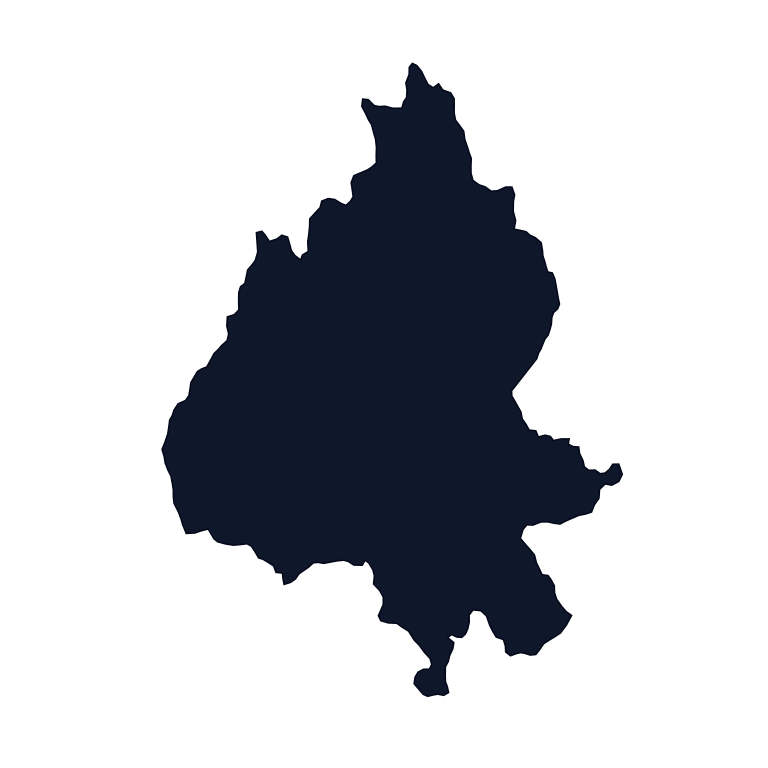 outline of Pau Brasil, Bahia, Brazil, rotated 354°
{"feature_id": "56859067B52793357327632", "entity_name": "Pau Brasil", "entity_type": "district", "adm_level": 2, "iso_a3": "BRA", "parent_name": "Brazil", "parent_adm1": "Bahia", "projection": "robinson", "projection_center": [-39.68, -15.46], "detail": "fine", "context": "isolated", "style": "filled", "palette": "ink", "viewbox_px": 768, "rotation_deg": 354, "n_neighbors": 0, "source": "geoboundaries", "source_scale": "gbopen_adm2", "svg_char_len": 4056}
<svg xmlns="http://www.w3.org/2000/svg" viewBox="0 0 768 768"><g transform="rotate(354 384 384)"><path d="M469.7,91.1L463.9,94.5L459.1,90.7L456.6,84.3L454.0,77.0L449.8,70.6L445.7,68.1L442.2,71.7L441.3,78.9L437.2,86.8L437.6,94.0L436.4,101.4L433.0,105.4L430.6,111.5L421.6,110.7L414.1,107.8L408.2,107.6L403.3,106.0L398.0,99.5L392.6,98.4L390.9,105.5L393.8,112.6L396.2,119.6L398.7,124.6L399.9,132.5L401.2,140.0L401.2,148.0L400.1,156.0L399.5,163.3L394.5,167.0L389.7,169.4L382.6,171.6L375.8,173.6L372.4,180.3L372.7,187.5L372.9,194.5L369.5,199.0L364.8,202.3L360.5,200.1L354.2,195.3L347.9,193.7L341.2,195.6L338.9,201.8L333.2,206.8L327.4,212.0L326.4,219.8L324.7,227.9L323.0,234.6L322.5,244.3L316.4,247.1L314.0,251.9L308.7,246.8L305.8,241.6L305.0,236.2L303.5,227.8L298.0,225.3L292.8,228.5L285.0,230.3L281.6,223.7L278.5,219.3L272.9,220.1L272.2,239.6L269.0,247.4L265.6,251.3L260.3,256.3L258.1,263.3L256.1,269.4L251.5,272.2L249.1,278.0L248.0,287.0L247.4,295.0L242.3,299.4L235.2,300.8L233.7,310.0L234.7,317.9L232.5,324.5L226.6,328.7L222.8,332.3L218.2,335.9L213.8,342.4L209.5,348.5L204.2,349.9L199.7,352.1L196.8,356.0L192.1,362.4L190.2,370.0L188.7,375.2L184.8,379.7L177.2,382.1L172.4,388.0L170.2,393.1L167.1,397.4L165.7,403.3L163.7,411.1L160.1,418.9L156.4,425.9L157.8,433.3L158.1,439.5L160.1,447.0L162.5,453.4L163.1,460.9L163.4,467.4L162.7,474.1L162.7,480.7L166.1,489.6L168.1,497.2L169.1,503.0L171.7,512.0L180.3,512.4L187.5,510.8L194.0,509.9L198.7,520.2L202.1,523.6L209.9,526.6L217.6,528.6L224.6,528.7L231.1,528.6L235.3,531.6L238.4,537.8L241.1,543.9L245.2,545.6L250.4,549.5L255.2,553.4L256.9,560.1L263.2,561.4L263.2,567.5L263.7,572.9L270.5,571.5L275.7,568.5L279.6,563.9L284.7,561.1L289.7,558.4L295.0,554.5L299.6,554.5L305.3,556.1L311.4,555.6L318.9,555.0L325.4,555.0L329.8,556.7L335.0,560.9L343.4,562.0L346.9,557.2L350.3,560.7L353.5,567.6L354.4,573.7L352.7,581.8L358.0,588.8L361.0,595.9L360.2,603.2L356.9,609.1L354.2,613.8L356.0,619.1L363.4,622.1L371.7,623.3L376.6,627.7L382.6,632.4L387.3,641.9L391.7,647.5L396.0,654.9L401.2,662.0L402.1,667.9L399.4,672.3L393.6,671.8L387.8,674.1L384.3,678.7L382.6,685.3L386.3,690.6L390.5,696.7L394.8,699.2L400.6,698.4L405.1,698.1L410.8,699.9L416.0,697.6L415.3,691.4L414.0,686.5L414.5,679.8L415.5,671.7L418.9,666.7L420.8,661.1L424.8,654.5L426.4,648.5L420.8,642.8L425.0,640.3L430.1,643.3L434.9,644.1L438.9,641.1L441.7,636.3L443.9,629.7L444.5,622.7L449.0,618.0L456.6,619.6L461.7,625.5L463.9,635.0L466.4,641.6L469.2,647.5L476.0,650.6L477.3,657.0L477.0,663.3L481.4,667.5L487.0,666.1L491.7,665.4L496.2,666.7L501.1,668.9L506.7,668.9L510.8,664.7L515.7,659.0L521.3,656.1L527.3,653.3L533.5,650.1L540.3,642.7L546.4,633.8L541.5,629.5L537.4,623.6L533.2,616.0L531.8,609.6L532.3,602.4L529.6,595.9L527.1,591.6L521.3,590.2L518.9,583.2L516.9,577.8L515.8,569.8L512.3,564.5L508.0,558.4L503.5,551.8L507.0,543.3L511.3,539.0L517.5,539.9L525.6,537.6L532.7,538.3L538.0,540.1L544.4,541.7L549.3,539.7L555.7,537.6L563.9,535.0L570.9,534.4L577.0,533.1L580.6,526.1L585.8,520.2L587.4,511.3L593.6,506.5L599.9,508.5L607.3,505.5L611.6,498.8L609.1,488.2L603.1,487.7L599.4,492.3L594.5,495.7L589.6,495.8L584.9,491.6L578.7,491.2L574.6,487.3L573.9,481.0L571.2,473.4L571.1,467.0L565.5,466.0L561.0,463.1L562.4,457.9L554.5,457.1L546.7,457.9L543.9,453.5L538.8,451.7L532.0,452.8L530.1,446.4L523.6,445.0L520.8,438.4L517.9,433.4L517.2,425.9L515.0,421.0L512.7,415.5L509.9,409.4L510.2,404.1L538.6,374.8L541.0,369.3L543.9,365.4L546.4,360.4L548.9,356.0L552.3,352.6L554.7,347.3L556.7,342.1L557.9,335.3L560.1,330.7L564.6,327.3L566.9,322.9L566.3,317.0L565.7,307.6L564.9,297.2L563.0,291.1L558.6,289.7L557.4,283.9L556.6,278.6L555.4,273.1L555.6,268.0L555.1,259.9L549.8,254.3L544.4,251.0L541.3,247.4L535.5,245.4L529.6,243.6L532.0,235.2L530.6,225.7L531.8,215.9L533.7,209.5L531.8,201.5L525.8,200.8L516.8,203.7L510.7,203.4L505.1,198.4L499.4,195.9L493.8,190.8L492.6,183.7L493.3,176.1L494.4,168.8L492.9,163.0L491.9,157.8L489.9,149.1L489.7,141.0L486.1,134.6L482.7,129.0L482.1,121.5L482.9,115.1L483.6,107.4L480.7,101.4L473.1,97.7L469.7,91.1Z" fill="#0f172a" stroke="#020617" stroke-width="1.5"/></g></svg>